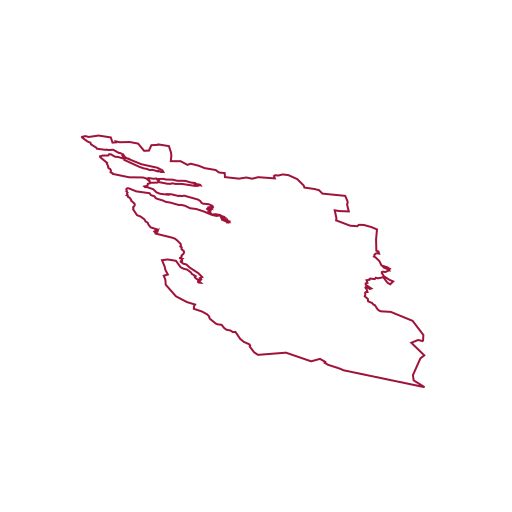 Surnadal nor, Møre og Romsdal, Norway, rotated 23°
{"feature_id": "86288312B76061639437413", "entity_name": "Surnadal nor", "entity_type": "district", "adm_level": 2, "iso_a3": "NOR", "parent_name": "Norway", "parent_adm1": "Møre og Romsdal", "projection": "equal_earth", "projection_center": [8.642, 62.923], "detail": "fine", "context": "isolated", "style": "outline", "palette": "rose", "viewbox_px": 512, "rotation_deg": 23, "n_neighbors": 0, "source": "geoboundaries", "source_scale": "gbopen_adm2", "svg_char_len": 6097}
<svg xmlns="http://www.w3.org/2000/svg" viewBox="0 0 512 512"><g transform="rotate(23 256 256)"><path d="M49.6,214.1L50.5,214.7L50.2,215.0L55.8,216.4L59.3,216.4L60.5,217.7L66.7,218.7L67.7,219.4L76.3,217.0L76.8,216.4L78.3,216.3L83.1,214.0L89.1,214.7L90.9,214.3L94.7,214.5L94.3,214.6L94.8,214.9L94.2,215.6L95.2,215.8L94.6,216.0L95.0,216.0L94.7,216.4L95.6,217.1L102.1,216.0L101.3,216.5L114.7,216.3L130.7,213.3L136.3,213.7L137.9,214.9L135.7,215.8L132.6,215.8L132.6,216.5L126.9,217.1L124.9,218.4L121.6,218.5L118.5,219.2L114.1,219.5L96.5,219.0L97.3,218.9L97.0,218.0L90.5,218.7L87.3,219.7L82.8,219.1L81.0,219.7L80.9,220.9L80.3,221.4L75.7,223.4L73.5,225.2L73.8,225.8L74.9,226.2L82.7,228.5L82.7,229.3L85.0,231.3L85.0,231.8L86.0,232.8L87.8,232.9L89.1,234.0L89.4,235.8L91.8,235.9L92.1,236.4L108.5,233.1L121.2,227.9L124.7,227.5L128.2,228.6L128.5,228.3L127.9,227.9L125.7,227.1L126.7,226.2L131.7,224.9L133.9,223.6L136.7,225.0L137.0,224.4L135.6,223.5L140.5,221.2L143.2,220.8L149.5,218.3L153.9,217.6L161.7,214.4L167.0,213.9L170.8,212.8L170.7,213.2L171.9,213.1L171.5,213.5L171.8,213.9L172.2,213.4L173.4,213.6L172.6,214.2L173.4,213.8L173.5,213.5L176.9,212.3L177.3,212.6L175.6,212.8L173.5,214.0L174.7,214.1L175.1,213.2L175.4,213.9L172.8,215.2L159.7,218.6L153.7,221.1L150.4,221.8L149.3,222.9L146.2,224.1L137.4,226.0L136.6,226.9L130.8,229.6L129.4,229.6L129.7,230.7L128.2,231.8L128.6,233.7L126.0,235.6L126.9,236.0L128.6,235.2L135.3,234.7L139.5,236.3L143.4,236.2L151.3,233.9L151.6,233.7L150.9,233.4L153.8,232.3L161.6,231.0L161.9,230.4L164.2,229.9L166.4,228.5L180.7,226.7L183.3,227.2L185.1,228.4L186.9,228.5L192.3,226.8L196.2,226.9L197.4,227.8L197.3,228.4L195.3,228.6L192.9,229.9L192.8,230.5L193.5,229.6L196.1,229.0L196.4,229.4L195.8,229.5L195.8,230.0L195.9,229.8L196.3,230.0L195.8,230.1L196.1,230.6L195.3,230.7L195.1,231.2L196.3,231.3L196.2,230.7L196.3,231.3L196.8,231.3L194.0,231.9L193.9,231.4L193.2,230.9L193.8,231.8L192.9,231.9L192.7,230.9L192.5,232.4L192.7,232.0L195.8,231.7L195.9,232.4L193.8,232.6L196.0,232.5L197.5,234.2L196.3,234.4L197.3,234.9L199.9,234.7L202.1,233.5L202.7,233.8L201.4,234.6L202.6,234.4L203.6,233.7L202.3,233.4L206.8,232.3L208.8,232.7L211.4,232.4L212.5,233.0L212.8,234.1L213.4,234.2L214.1,234.7L212.9,234.1L213.2,234.5L212.8,234.2L212.3,234.7L212.6,234.2L212.2,234.2L211.8,232.8L210.1,233.1L210.4,233.9L209.8,233.6L209.6,234.1L211.3,235.0L215.8,235.5L216.9,234.9L215.9,234.5L215.7,234.1L217.0,234.9L218.2,234.5L218.3,235.0L217.2,235.2L217.7,235.4L216.5,235.8L216.9,236.2L216.2,236.4L216.1,235.8L210.6,235.9L210.1,235.4L212.0,235.7L210.1,235.4L208.9,233.5L207.0,232.8L204.3,234.3L204.8,234.4L199.4,235.4L190.5,235.4L182.6,236.1L176.6,237.8L171.0,237.5L167.1,238.2L165.1,239.2L156.3,240.3L151.9,241.4L148.4,241.3L142.3,242.0L140.9,241.9L139.3,240.7L135.4,241.0L133.5,239.8L120.5,243.3L112.7,243.4L111.1,243.9L110.5,245.1L111.7,246.7L111.5,247.1L113.0,247.8L112.9,249.1L114.0,250.1L113.7,250.3L113.5,250.6L114.3,250.6L115.1,251.6L116.8,251.7L119.0,253.0L119.4,253.8L123.8,255.3L124.6,256.9L124.4,257.7L124.9,258.0L124.4,257.8L124.0,258.6L123.6,258.5L124.0,258.8L123.8,259.1L124.5,259.9L124.6,261.0L130.5,264.9L134.5,264.8L139.0,265.9L140.8,267.3L143.3,267.7L144.8,269.2L147.9,270.8L154.2,270.2L154.2,270.7L155.1,270.5L154.4,271.1L155.5,271.4L155.7,271.0L155.8,272.3L153.1,272.7L152.8,273.2L154.6,274.1L154.8,274.6L171.5,271.9L174.6,271.7L177.1,272.4L181.9,274.3L182.8,275.6L182.6,276.8L184.3,277.1L184.8,278.9L187.5,279.6L188.4,280.9L188.3,282.6L187.3,284.6L187.8,285.6L187.2,287.2L186.2,287.9L189.3,287.4L189.0,288.0L189.9,289.5L188.8,290.1L188.9,290.7L192.0,291.5L195.1,291.0L199.7,292.6L209.8,294.4L214.7,296.4L213.1,298.1L214.7,298.9L214.0,300.7L214.7,300.9L213.9,300.7L213.0,302.1L213.8,302.7L215.3,302.1L215.6,302.2L213.8,302.8L212.8,302.6L212.5,301.5L213.2,300.8L213.3,300.2L213.0,300.7L212.6,300.1L211.5,300.3L212.1,300.6L209.4,300.1L207.8,299.3L208.3,298.1L204.0,297.6L202.4,296.5L197.9,295.4L194.3,296.0L191.0,295.8L184.2,291.7L176.0,293.7L171.1,296.6L176.0,301.4L178.0,304.2L182.1,307.5L178.8,310.2L181.8,313.2L184.1,317.7L198.1,324.4L210.4,325.4L218.9,324.5L218.6,326.6L219.4,328.9L228.0,328.2L233.8,328.8L236.6,330.0L237.0,330.9L238.1,331.8L245.3,333.9L247.4,333.9L251.3,332.8L254.7,334.7L257.6,335.4L261.6,334.6L264.5,335.1L266.7,333.9L273.7,338.4L278.2,339.8L284.4,339.9L285.5,340.6L285.5,341.7L291.9,345.4L296.5,346.2L321.3,333.3L347.9,331.4L355.1,325.7L361.3,326.4L361.6,327.0L361.2,327.5L364.7,328.0L377.4,326.9L381.2,327.0L462.4,310.9L449.7,308.9L447.0,304.3L447.3,286.1L449.7,281.7L432.9,275.2L438.0,270.0L442.6,269.2L442.7,268.2L440.9,263.3L425.5,254.5L401.9,254.8L392.3,258.2L391.1,258.2L388.8,257.6L384.6,254.8L383.2,254.9L381.3,253.9L376.9,253.9L375.7,251.8L371.8,250.6L371.8,249.2L370.8,247.0L371.3,246.2L372.7,245.6L370.8,243.3L369.3,242.5L370.0,241.7L368.7,240.8L373.6,241.9L374.8,240.9L368.2,239.6L367.7,238.4L369.1,237.1L367.2,235.1L369.8,233.5L369.5,232.8L370.0,232.1L374.3,230.9L374.8,229.2L377.0,228.9L381.5,225.8L387.4,229.2L390.6,229.6L392.2,225.8L388.2,225.8L381.1,224.6L380.8,224.0L378.4,222.5L378.1,221.7L378.7,220.9L381.2,220.3L383.1,218.3L383.1,217.7L384.2,217.3L382.9,216.6L378.0,216.7L377.4,216.3L381.1,215.9L383.6,216.4L384.2,215.6L381.0,215.1L375.2,215.7L371.6,212.5L367.0,210.7L364.8,210.4L365.0,209.7L364.5,208.6L365.1,207.2L366.2,206.2L368.4,205.7L366.9,204.0L364.7,204.1L360.0,193.7L357.0,184.3L350.9,184.3L343.0,185.3L338.4,187.2L337.6,189.0L330.9,191.3L315.8,191.9L315.4,190.0L310.6,183.2L315.4,182.0L324.0,178.7L319.6,172.9L319.6,171.2L318.6,169.6L314.6,165.8L292.8,172.6L288.2,170.8L283.6,171.5L273.8,174.1L272.4,172.5L263.9,169.1L254.1,168.9L248.7,170.5L245.1,173.2L242.0,174.2L241.3,175.4L243.0,177.2L227.2,182.6L222.2,186.4L216.5,187.5L210.0,191.5L196.6,195.5L194.8,191.9L189.3,193.6L185.3,192.6L174.3,195.2L167.9,195.3L159.8,196.6L157.3,198.9L149.5,198.2L140.5,202.0L138.8,196.5L137.2,193.8L132.9,188.9L122.6,191.4L122.7,191.8L116.4,194.9L116.3,200.8L111.9,202.9L103.6,198.6L95.3,200.4L86.2,204.5L82.0,205.3L82.7,206.1L79.6,207.7L76.0,203.6L64.1,206.6L55.5,211.8L52.1,212.3L49.6,214.1Z" fill="none" stroke="#9f1239" stroke-width="2"/></g></svg>